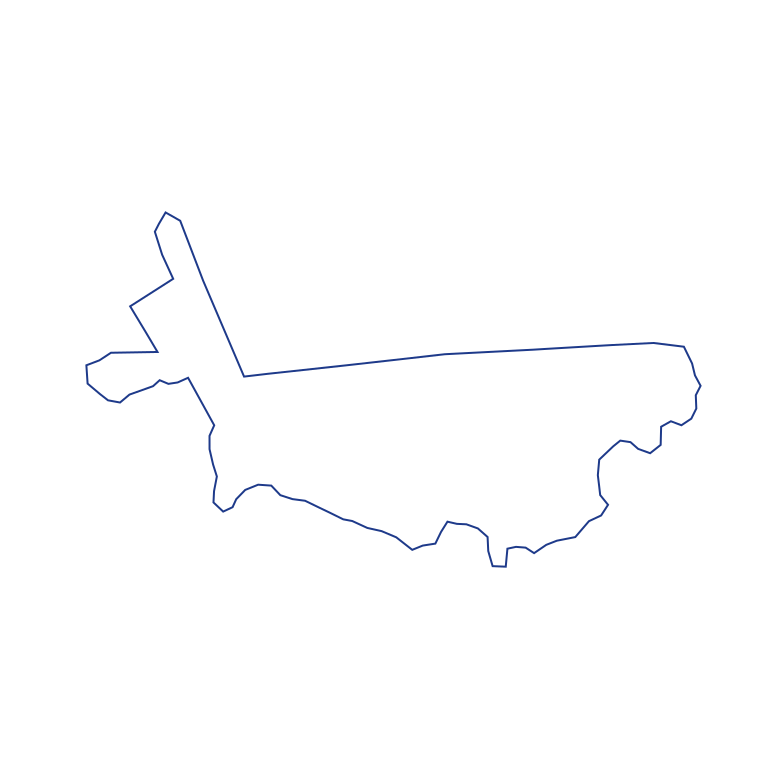 outline of Primavera, Pernambuco, Brazil, rotated 123°
{"feature_id": "56859067B11110903525977", "entity_name": "Primavera", "entity_type": "district", "adm_level": 2, "iso_a3": "BRA", "parent_name": "Brazil", "parent_adm1": "Pernambuco", "projection": "mercator", "projection_center": [-35.383, -8.341], "detail": "fine", "context": "isolated", "style": "outline", "palette": "blue", "viewbox_px": 768, "rotation_deg": 123, "n_neighbors": 0, "source": "geoboundaries", "source_scale": "gbopen_adm2", "svg_char_len": 1354}
<svg xmlns="http://www.w3.org/2000/svg" viewBox="0 0 768 768"><g transform="rotate(123 384 384)"><path d="M358.1,643.8L359.1,660.6L372.3,660.0L381.1,659.1L396.4,640.5L410.6,618.1L457.1,639.2L470.6,611.4L480.5,591.4L506.5,630.0L519.2,635.6L530.4,643.8L545.1,632.8L547.1,617.0L548.0,606.6L543.3,595.3L531.5,591.7L511.6,576.5L503.0,574.2L501.3,564.9L495.1,557.9L485.5,551.7L511.1,503.9L522.5,502.1L533.7,494.8L544.6,483.5L552.6,473.8L566.4,468.2L576.2,462.5L578.6,449.4L569.8,443.9L561.1,445.2L548.4,442.7L537.0,434.7L530.6,423.2L533.7,410.4L530.4,398.1L524.9,386.6L523.0,371.3L521.5,359.8L519.7,344.5L516.2,336.0L513.8,319.6L508.7,305.9L505.9,290.2L507.7,270.0L498.4,263.5L489.9,254.0L477.0,255.6L464.9,255.8L461.6,246.7L456.8,238.5L454.0,226.6L455.9,213.8L467.3,205.6L477.6,193.7L470.9,182.4L454.9,190.8L448.7,184.6L444.1,176.1L444.1,166.0L430.5,160.3L421.3,153.7L408.2,140.2L387.4,137.4L376.0,130.3L363.3,130.3L359.4,142.2L351.9,148.4L344.0,155.0L330.2,162.3L311.4,157.8L302.8,155.0L298.5,145.6L300.0,135.5L297.1,123.1L284.4,118.8L268.9,128.3L259.0,123.1L256.6,112.1L245.7,107.4L234.5,108.7L223.6,116.4L213.1,117.5L207.4,127.9L199.0,136.8L189.4,152.8L202.8,180.3L227.3,214.2L236.7,227.0L266.0,266.8L273.7,277.2L325.9,349.2L359.4,389.9L389.2,426.2L438.9,487.2L454.0,505.4L395.9,591.9L358.1,643.8Z" fill="none" stroke="#1e3a8a" stroke-width="2"/></g></svg>